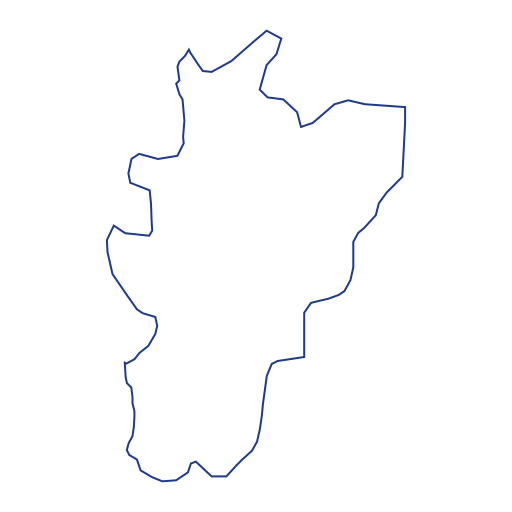 outline of Pocheon-si, Gyeonggi, South Korea
{"feature_id": "91817680B75483661313195", "entity_name": "Pocheon-si", "entity_type": "district", "adm_level": 2, "iso_a3": "KOR", "parent_name": "South Korea", "parent_adm1": "Gyeonggi", "projection": "orthographic", "projection_center": [127.227, 37.957], "detail": "fine", "context": "isolated", "style": "outline", "palette": "blue", "viewbox_px": 512, "rotation_deg": 0, "n_neighbors": 0, "source": "geoboundaries", "source_scale": "gbopen_adm2", "svg_char_len": 1450}
<svg xmlns="http://www.w3.org/2000/svg" viewBox="0 0 512 512"><path d="M405.1,107.1L364.8,104.2L348.1,100.3L334.4,104.3L312.8,122.9L301.0,126.9L297.1,112.2L283.3,99.4L267.6,97.4L259.7,89.6L266.6,65.1L276.4,54.3L281.3,38.6L266.6,30.7L253.8,41.5L231.3,61.1L211.6,71.9L202.8,71.0L197.9,64.1L190.1,52.3L188.9,49.6L185.0,55.9L179.4,61.6L177.5,66.6L179.4,80.4L176.2,83.6L179.4,94.2L182.5,99.3L184.4,120.6L183.1,137.0L183.7,143.3L177.4,155.8L157.9,159.0L148.5,156.4L139.1,153.9L131.5,158.9L128.4,173.4L130.3,182.8L149.7,190.4L151.0,203.6L151.6,220.6L152.2,230.7L149.1,235.7L125.2,233.2L113.8,225.6L106.9,240.1L107.5,252.0L112.5,274.1L127.6,296.1L137.0,309.4L142.7,313.2L155.3,317.0L157.2,325.8L155.3,334.0L148.3,345.9L139.5,352.9L134.5,359.2L126.3,363.6L124.8,362.7L125.6,376.8L126.9,383.1L131.3,387.5L132.5,397.0L132.5,403.3L134.4,410.9L134.4,417.2L133.8,427.3L132.5,436.1L128.7,443.1L126.8,450.0L129.3,455.0L136.9,459.5L140.6,470.4L149.8,475.8L152.4,477.3L162.3,481.3L176.1,480.3L187.9,472.4L190.9,463.5L195.8,461.6L211.6,476.4L226.4,476.4L236.3,465.5L242.2,459.6L252.0,450.7L256.6,442.4L257.0,441.8L259.9,429.0L261.9,415.2L262.9,404.4L266.8,375.8L271.7,364.0L277.6,361.0L304.2,357.0L304.2,312.7L311.0,302.9L318.9,300.9L327.8,298.9L338.6,295.0L344.5,291.0L350.4,280.2L353.3,267.4L353.3,253.6L353.3,241.8L358.2,232.9L364.1,228.0L375.8,215.2L378.8,203.4L386.6,192.6L402.3,176.8L405.1,122.8L405.1,107.1Z" fill="none" stroke="#1e3a8a" stroke-width="2"/></svg>